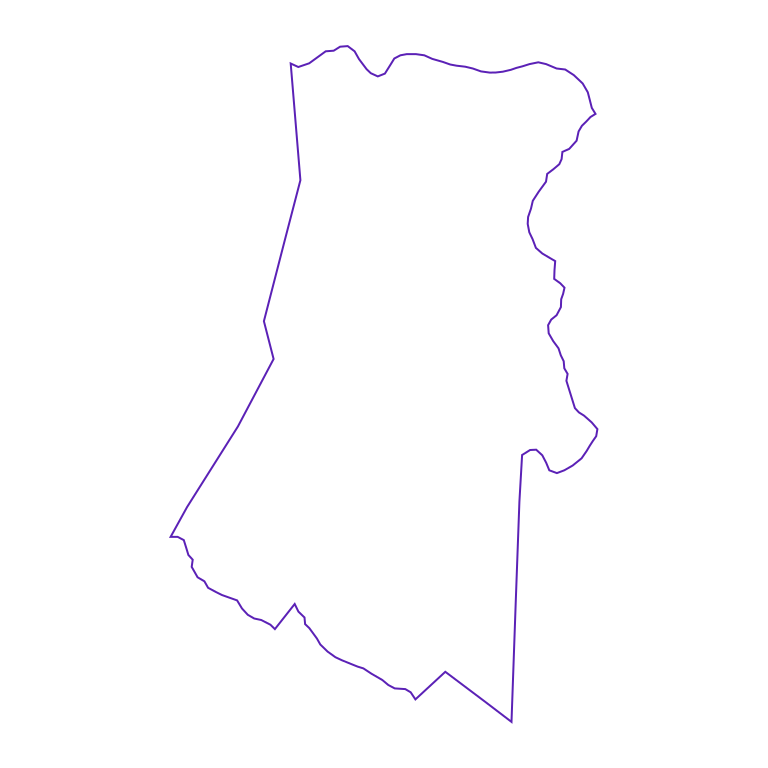 the district of Itatim, Bahia, Brazil
{"feature_id": "56859067B14041367173049", "entity_name": "Itatim", "entity_type": "district", "adm_level": 2, "iso_a3": "BRA", "parent_name": "Brazil", "parent_adm1": "Bahia", "projection": "albers", "projection_center": [-39.715, -12.718], "detail": "fine", "context": "isolated", "style": "outline", "palette": "violet", "viewbox_px": 768, "rotation_deg": 0, "n_neighbors": 0, "source": "geoboundaries", "source_scale": "gbopen_adm2", "svg_char_len": 1969}
<svg xmlns="http://www.w3.org/2000/svg" viewBox="0 0 768 768"><path d="M170.6,536.9L177.7,536.9L183.8,540.1L186.3,548.1L188.4,555.0L192.7,559.7L191.7,566.9L197.6,577.3L204.4,581.3L208.1,587.8L215.9,592.0L221.9,595.0L229.2,597.6L237.1,600.4L242.0,608.5L247.8,614.8L254.2,618.5L261.2,620.0L270.4,624.7L274.9,629.1L294.7,604.0L298.4,611.6L304.5,617.5L305.1,624.1L309.3,628.1L316.9,638.5L320.3,644.5L327.6,651.6L335.4,657.2L342.0,660.3L352.1,664.4L357.6,666.6L363.4,668.4L371.6,673.8L382.3,680.0L388.3,685.0L394.7,688.4L405.3,689.1L410.7,692.3L415.4,699.4L445.3,671.8L484.1,701.0L511.5,721.9L515.7,603.1L519.4,501.8L522.1,455.0L530.1,450.0L536.2,449.7L542.3,455.3L546.2,462.8L549.3,470.3L556.9,473.1L564.3,470.3L572.7,465.5L581.6,458.3L586.7,450.9L589.8,445.7L592.9,440.9L596.2,436.2L597.4,429.1L591.7,422.4L584.0,415.6L578.9,412.4L574.9,408.1L566.4,380.8L567.6,373.9L564.3,368.3L563.7,361.2L560.8,355.3L558.5,348.3L553.2,341.1L548.7,333.3L548.1,325.2L551.2,319.6L556.6,315.2L560.9,307.1L561.2,299.2L563.1,293.9L564.5,287.7L560.3,283.3L554.2,278.9L554.5,270.2L555.2,261.1L549.7,257.9L542.3,253.5L535.9,247.9L532.6,239.2L529.3,232.3L527.7,223.9L528.1,217.0L531.0,208.6L532.8,200.8L538.7,191.7L546.0,181.7L547.2,173.9L553.4,169.2L559.3,164.2L561.6,159.1L562.4,151.9L569.2,148.9L576.6,140.7L578.6,131.4L581.9,125.8L586.2,121.6L590.5,117.0L595.5,113.9L591.8,107.9L589.7,99.6L587.8,92.3L582.7,83.5L573.8,75.1L565.2,69.5L556.6,68.5L546.1,64.1L538.3,62.3L529.5,64.1L522.5,66.3L516.4,67.9L510.9,69.8L502.8,71.7L495.8,72.5L489.8,72.6L481.0,71.4L472.8,68.5L465.2,66.7L456.6,65.7L450.2,64.5L442.8,61.9L432.3,58.9L424.3,55.3L415.7,54.1L406.9,54.1L400.4,55.3L394.3,58.5L390.8,64.2L384.9,73.6L377.8,76.4L370.8,73.2L366.6,69.2L359.0,59.1L354.6,51.3L347.7,46.1L340.1,46.7L333.7,50.7L325.7,51.3L319.1,56.1L309.2,63.3L298.3,67.0L290.7,63.5L300.4,180.2L298.3,188.3L284.9,239.8L263.9,321.2L273.6,359.0L237.9,426.5L187.1,507.0L170.6,536.9Z" fill="none" stroke="#5b21b6" stroke-width="2"/></svg>